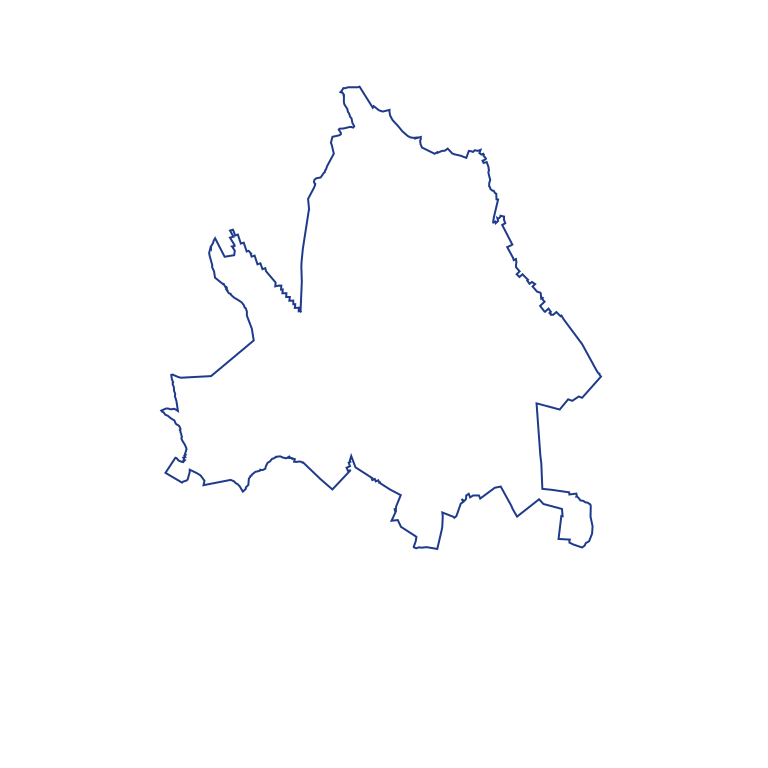 outline of Cuyoaco, Puebla, Mexico, rotated 320°
{"feature_id": "50627088B87175964143986", "entity_name": "Cuyoaco", "entity_type": "district", "adm_level": 2, "iso_a3": "MEX", "parent_name": "Mexico", "parent_adm1": "Puebla", "projection": "orthographic", "projection_center": [-97.601, 19.584], "detail": "fine", "context": "isolated", "style": "outline", "palette": "blue", "viewbox_px": 768, "rotation_deg": 320, "n_neighbors": 0, "source": "geoboundaries", "source_scale": "gbopen_adm2", "svg_char_len": 6154}
<svg xmlns="http://www.w3.org/2000/svg" viewBox="0 0 768 768"><g transform="rotate(320 384 384)"><path d="M608.5,266.7L605.6,265.6L603.8,263.3L601.3,263.4L600.3,261.6L598.8,260.0L592.4,263.7L589.4,258.3L585.8,253.6L584.5,251.3L584.1,244.6L580.6,244.4L578.2,242.7L573.6,241.3L573.8,240.7L570.8,240.2L565.1,227.3L566.1,223.9L568.0,220.9L569.8,219.9L570.5,218.7L570.9,218.4L566.6,216.4L567.4,216.2L564.9,214.5L562.7,212.0L561.6,209.2L560.5,202.2L560.6,195.7L560.2,187.2L561.3,182.2L563.4,178.6L564.4,177.6L558.2,174.5L556.1,171.2L554.7,164.5L553.0,165.1L556.4,140.5L554.6,139.8L547.2,133.6L544.3,132.4L543.1,131.2L539.8,132.3L538.3,132.4L538.8,133.5L539.4,133.7L539.4,135.6L538.6,136.9L538.9,137.1L534.5,142.2L533.4,144.3L532.7,149.7L531.3,152.3L531.1,154.4L529.8,157.8L529.9,159.6L527.6,163.7L526.9,167.4L525.3,167.8L524.5,166.8L524.3,166.2L522.8,165.0L517.5,162.4L514.1,159.9L512.9,160.0L512.3,164.0L511.6,164.9L510.3,164.9L509.1,164.5L503.4,161.5L498.4,165.1L497.5,167.6L493.6,175.3L480.3,180.6L477.4,182.4L476.2,182.5L474.8,183.7L473.9,183.5L468.5,185.0L467.9,184.9L465.0,183.2L463.8,182.8L462.1,182.9L460.4,183.9L459.9,185.1L460.0,186.3L459.5,186.5L459.3,187.2L456.4,188.7L444.8,193.4L438.7,202.3L438.4,202.3L408.8,228.2L399.0,237.8L396.0,241.1L386.9,252.7L367.3,274.1L366.6,275.8L366.6,274.3L365.4,273.5L367.8,270.8L364.6,268.4L367.3,265.8L365.8,264.6L368.1,261.8L365.0,259.4L367.8,256.8L365.0,254.5L367.6,251.7L364.5,249.2L367.2,246.5L365.8,245.5L368.6,242.6L367.0,241.5L367.0,241.2L363.5,239.3L366.2,236.6L366.1,221.8L367.5,219.0L364.7,217.9L366.9,212.1L364.0,211.0L367.4,202.5L364.5,201.3L365.7,198.3L366.0,198.4L365.9,195.0L364.0,194.2L367.4,185.6L364.6,184.4L368.1,175.6L365.5,174.6L367.5,168.7L364.7,167.5L363.3,174.4L360.1,172.9L358.8,181.6L358.3,182.2L356.1,181.0L356.3,182.0L356.6,182.1L356.1,182.8L355.8,182.6L355.3,186.1L352.0,189.0L343.7,184.1L348.3,163.8L345.7,164.7L344.1,165.9L339.8,167.5L338.5,169.0L338.6,168.1L334.2,171.3L332.7,174.0L328.7,182.8L327.5,183.8L326.2,188.5L322.9,193.9L324.9,204.2L325.5,204.3L324.8,208.1L325.6,208.4L325.3,209.6L324.0,209.9L324.3,211.6L323.8,211.7L323.5,214.3L323.7,215.3L324.5,216.3L324.1,217.6L324.7,221.5L326.3,226.0L327.4,229.8L327.3,233.6L326.4,235.8L326.8,237.1L325.5,240.4L322.9,243.5L318.3,256.7L312.2,266.9L256.6,266.8L232.4,248.6L230.8,246.3L228.1,240.9L226.9,240.3L224.6,243.9L223.5,247.3L222.9,247.3L221.9,248.4L221.0,251.4L218.8,254.2L217.7,257.4L216.0,258.9L214.1,263.5L208.8,272.2L208.2,270.1L207.2,268.0L205.0,266.8L203.6,265.4L203.3,264.6L201.9,263.1L200.9,262.6L196.3,261.2L196.3,262.8L197.0,264.2L196.7,266.9L198.0,269.4L198.6,273.1L200.0,277.3L199.0,280.4L199.2,281.8L200.0,283.7L200.0,285.1L199.2,287.7L198.0,288.0L197.8,289.3L197.0,290.4L196.6,291.9L195.9,292.8L195.3,294.6L193.8,295.4L193.1,297.7L192.4,302.6L191.4,305.9L190.7,307.1L186.3,309.9L186.5,310.7L185.0,310.6L184.8,312.2L182.9,311.4L182.8,312.0L183.2,312.5L181.7,313.4L182.4,314.4L179.9,314.7L179.7,313.9L179.1,313.8L177.5,310.8L177.4,307.3L176.8,306.4L159.5,311.6L165.9,329.7L167.5,329.7L170.6,331.0L172.1,331.0L178.3,326.8L180.1,324.8L183.3,331.9L184.7,336.1L184.3,342.7L180.7,345.5L204.9,358.9L206.7,362.5L206.5,363.1L206.8,365.0L207.5,366.6L207.7,369.7L206.7,375.7L210.7,375.5L211.8,374.4L215.2,374.1L219.7,369.6L221.6,369.2L222.5,368.6L223.7,369.0L224.4,368.5L229.0,368.6L232.3,370.3L233.4,370.6L234.1,370.1L235.0,371.4L236.3,372.1L238.6,372.6L240.6,371.1L243.8,369.7L244.9,369.6L246.7,370.0L250.1,369.4L252.3,370.3L254.5,370.3L254.7,370.8L256.4,371.5L258.1,372.9L259.3,375.4L261.0,377.7L261.7,378.2L263.1,378.4L262.7,378.6L264.1,380.0L264.8,379.6L265.5,382.0L265.8,381.7L267.4,384.2L265.2,385.8L267.2,387.7L268.4,388.3L270.4,390.0L270.9,391.8L271.6,392.0L274.2,415.8L276.7,431.6L303.2,428.5L300.5,427.7L301.5,424.1L305.1,425.1L306.4,421.5L308.2,422.0L308.5,420.8L312.6,418.1L308.6,429.5L314.3,447.9L314.1,447.8L313.3,450.1L315.9,450.9L315.1,453.3L317.7,454.1L316.9,456.4L317.7,456.7L317.4,457.8L320.9,469.0L325.4,479.9L314.6,485.6L312.3,487.9L311.7,486.9L310.9,488.2L311.3,489.2L301.9,493.6L307.1,497.1L305.2,504.3L310.6,521.9L307.3,524.8L302.0,527.9L301.9,528.2L302.9,530.2L303.3,530.7L305.7,531.5L307.4,533.4L311.8,536.4L318.8,544.6L334.4,532.9L337.0,530.7L343.9,523.2L346.1,519.9L351.9,530.6L351.9,531.7L354.6,531.7L365.9,525.0L369.0,525.3L369.6,522.0L369.7,523.1L370.3,524.8L370.8,525.2L372.3,525.0L373.2,524.5L375.3,522.3L375.9,522.3L378.3,522.6L377.1,526.2L380.6,526.7L385.1,530.4L384.1,533.6L402.2,534.7L407.5,537.6L403.3,558.9L402.2,562.6L400.7,571.1L428.7,572.0L429.0,578.4L440.0,594.1L435.8,600.1L435.0,599.1L418.1,614.9L426.3,622.6L425.3,623.2L424.1,624.7L425.8,628.5L430.6,636.5L433.7,636.8L436.3,635.6L440.0,636.3L447.2,632.4L452.3,627.1L456.9,618.4L463.6,610.8L464.5,609.3L464.5,608.2L464.0,607.2L463.9,606.1L462.1,603.9L461.6,601.8L459.6,599.3L459.8,597.7L459.6,594.3L459.1,593.9L459.7,593.7L460.9,591.6L455.0,587.8L456.2,586.0L444.3,572.7L437.9,566.1L453.5,545.9L458.0,539.0L488.4,496.9L502.2,516.5L515.2,514.1L517.4,517.9L525.2,518.8L526.9,521.9L555.0,517.8L555.1,515.2L555.3,514.6L555.6,514.5L555.1,512.9L555.7,509.3L561.4,480.8L563.2,450.0L563.9,445.6L562.8,445.5L562.3,439.7L558.0,439.7L556.4,438.3L556.5,437.3L556.9,437.3L557.0,436.9L556.6,436.0L558.2,435.9L558.5,432.0L553.8,432.2L553.5,431.8L553.8,424.5L559.9,424.2L559.8,420.3L560.9,420.1L560.4,419.0L559.7,419.1L562.3,415.4L562.5,414.6L560.6,411.6L560.5,404.8L564.0,404.6L562.9,400.9L559.9,400.8L560.2,396.9L561.3,396.8L560.6,389.0L556.6,389.1L556.2,385.2L560.3,384.9L560.2,379.5L561.5,377.8L563.7,375.8L565.4,373.1L563.0,372.5L563.9,370.5L566.4,358.3L569.2,359.2L571.9,359.7L576.8,338.1L580.2,338.8L581.5,335.3L583.6,332.9L581.4,330.0L580.6,330.7L578.6,330.9L577.7,330.5L577.5,329.8L576.2,332.5L572.9,332.6L573.6,331.1L571.5,330.6L571.6,330.2L575.2,327.0L590.0,316.0L588.9,314.8L592.3,310.4L591.8,309.1L592.2,306.5L591.3,305.5L590.9,303.1L591.7,301.2L591.6,300.1L593.9,297.6L596.5,296.0L599.2,290.4L600.2,288.7L602.0,287.6L602.5,286.3L603.5,285.0L605.3,280.1L602.4,278.6L603.0,276.3L606.3,277.2L607.0,276.8L607.0,273.1L607.9,272.5L608.0,271.4L606.1,270.8L605.5,268.5L608.5,266.7Z" fill="none" stroke="#1e3a8a" stroke-width="2"/></g></svg>